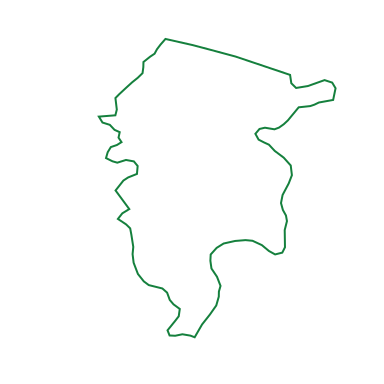 Rancho Alegre, Paraná, Brazil, rotated 196°
{"feature_id": "56859067B42499431243626", "entity_name": "Rancho Alegre", "entity_type": "district", "adm_level": 2, "iso_a3": "BRA", "parent_name": "Brazil", "parent_adm1": "Paraná", "projection": "robinson", "projection_center": [-50.921, -23.064], "detail": "fine", "context": "isolated", "style": "outline", "palette": "green", "viewbox_px": 384, "rotation_deg": 196, "n_neighbors": 0, "source": "geoboundaries", "source_scale": "gbopen_adm2", "svg_char_len": 1537}
<svg xmlns="http://www.w3.org/2000/svg" viewBox="0 0 384 384"><g transform="rotate(196 192 192)"><path d="M130.0,331.6L187.5,334.2L212.5,333.8L231.8,333.4L259.7,331.8L262.9,325.0L265.0,319.6L266.1,314.6L269.5,310.6L274.5,303.6L273.2,298.6L272.3,292.6L275.7,286.7L279.8,280.9L284.0,274.1L289.0,265.8L291.5,261.2L287.0,250.5L286.8,244.6L302.3,238.8L297.2,234.1L289.5,233.9L283.6,230.4L278.0,229.6L277.6,224.0L273.5,220.5L277.1,216.5L282.4,212.8L284.0,207.0L284.0,200.9L276.9,199.6L271.9,199.6L264.3,204.6L256.3,205.4L251.4,202.0L249.9,194.2L257.4,188.4L261.1,184.1L265.9,172.4L247.6,158.3L253.1,152.3L255.8,145.7L246.4,142.7L241.4,140.0L238.4,134.0L233.3,123.0L232.0,115.9L228.6,107.9L221.4,98.3L213.7,92.8L207.9,90.6L193.9,91.1L188.2,88.4L183.6,82.1L178.8,78.9L171.5,76.2L170.5,68.9L172.6,63.6L177.4,52.3L174.0,47.9L168.5,49.2L162.0,52.6L154.0,53.5L149.4,53.1L145.8,67.5L141.0,79.2L137.4,89.6L137.4,98.8L138.7,103.7L138.7,109.6L144.6,117.4L152.2,123.8L155.4,131.0L156.8,137.1L152.9,145.1L147.4,151.2L137.1,156.8L127.3,160.5L120.4,161.8L110.2,160.2L101.8,156.5L94.9,154.9L88.5,158.6L87.4,164.5L92.4,181.0L92.7,190.2L95.2,195.3L99.7,199.8L103.4,205.9L104.1,214.1L101.4,226.9L100.6,235.7L104.4,244.7L113.3,250.3L123.8,254.3L131.1,258.7L136.4,259.5L142.4,260.7L147.1,265.4L144.5,271.2L139.6,273.9L130.0,275.0L126.1,277.9L122.5,282.4L119.6,287.2L112.8,302.8L102.0,307.2L98.4,309.7L94.7,313.0L81.7,319.4L82.6,331.3L87.4,335.8L95.4,336.1L109.8,325.8L120.6,320.7L126.5,323.9L130.0,331.6Z" fill="none" stroke="#15803d" stroke-width="2"/></g></svg>